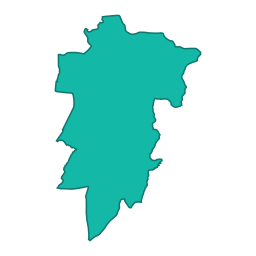 Anina, Caras-Severin, Romania
{"feature_id": "2599482B55434299191189", "entity_name": "Anina", "entity_type": "district", "adm_level": 2, "iso_a3": "ROU", "parent_name": "Romania", "parent_adm1": "Caras-Severin", "projection": "natural_earth1", "projection_center": [21.868, 45.042], "detail": "fine", "context": "isolated", "style": "filled", "palette": "teal", "viewbox_px": 256, "rotation_deg": 0, "n_neighbors": 0, "source": "geoboundaries", "source_scale": "gbopen_adm2", "svg_char_len": 5673}
<svg xmlns="http://www.w3.org/2000/svg" viewBox="0 0 256 256"><path d="M141.3,202.2L141.3,200.4L142.6,195.4L142.9,195.2L143.1,194.7L143.2,194.2L143.7,192.7L143.7,192.1L144.2,190.9L144.6,190.4L144.7,189.4L145.1,188.5L145.4,188.0L145.9,187.5L146.1,187.2L146.1,186.8L146.2,186.5L147.3,185.2L146.8,181.8L146.9,181.4L147.3,180.6L147.4,179.9L148.0,179.2L148.0,178.9L147.8,178.4L147.7,177.6L148.1,176.4L148.7,175.1L148.2,173.7L148.2,173.2L148.0,172.3L148.8,170.5L149.1,170.3L149.8,170.2L150.5,169.8L152.7,170.0L154.4,168.9L154.5,168.7L154.6,167.9L155.1,168.2L155.3,168.1L155.5,168.1L155.7,167.7L157.3,167.4L157.5,167.1L157.6,166.7L157.6,166.2L157.7,165.2L158.0,165.2L158.7,165.5L159.1,165.3L158.7,164.0L158.9,163.4L159.1,163.2L159.4,163.2L160.3,163.3L160.5,163.2L160.0,162.9L159.8,162.6L159.8,162.4L161.2,161.3L161.9,160.7L162.0,160.5L161.8,159.6L161.5,159.3L159.9,159.1L157.3,159.5L156.9,159.5L156.1,160.2L155.4,160.5L154.0,160.5L153.0,160.3L152.3,160.1L151.6,159.6L150.0,157.7L149.8,157.3L149.9,156.7L149.8,156.0L149.9,155.0L149.7,154.0L150.7,153.6L151.4,152.7L151.7,151.9L152.2,151.0L152.3,150.5L152.1,149.7L152.7,149.3L153.7,148.0L154.9,145.8L155.5,143.5L156.6,141.7L159.3,138.4L159.3,138.0L159.1,136.9L159.2,136.5L159.7,135.4L159.9,134.7L159.3,134.0L157.7,131.0L156.7,130.0L155.4,129.5L153.3,129.3L153.2,128.1L152.7,126.9L152.6,126.5L152.5,124.9L152.6,124.2L152.6,123.8L152.7,123.2L155.0,121.6L155.3,121.2L155.6,120.4L155.6,119.8L155.4,119.2L154.9,118.3L154.0,117.2L153.8,116.7L154.1,116.1L154.2,115.3L154.2,114.1L154.0,113.5L153.5,112.6L153.4,112.2L152.9,111.4L153.0,110.3L153.0,109.2L152.6,107.9L152.6,107.0L153.1,105.5L153.1,104.8L153.6,102.6L153.8,101.0L153.9,100.5L154.3,99.8L154.5,98.7L155.0,98.5L155.3,98.5L156.5,98.8L157.4,99.0L157.9,99.0L159.3,98.9L160.4,99.2L165.3,98.9L166.3,98.9L167.5,99.3L168.3,99.8L170.0,101.3L171.1,103.1L171.3,103.7L171.2,104.6L171.5,104.6L171.6,105.0L173.4,106.6L174.5,107.0L176.1,107.2L177.2,107.0L179.4,106.4L180.5,105.9L181.3,105.2L181.7,105.2L181.5,104.5L181.5,103.6L181.3,102.8L181.3,101.5L181.4,101.1L182.0,100.4L182.3,99.7L182.4,99.2L182.1,97.8L182.1,96.6L183.4,94.9L184.8,93.4L185.0,93.1L184.8,91.3L184.9,90.8L185.0,89.2L185.8,87.8L186.2,87.6L186.3,87.3L186.0,86.4L185.0,84.9L184.5,83.7L184.3,82.9L183.7,81.4L183.1,80.2L182.5,79.4L182.2,78.8L181.7,77.1L181.6,76.7L181.8,76.0L183.6,73.0L183.8,72.3L184.0,71.2L184.2,70.6L184.9,69.5L185.4,67.5L185.7,66.8L187.4,64.8L189.1,63.8L192.7,62.3L193.8,61.9L195.0,61.6L197.2,60.7L197.4,60.4L197.4,60.1L197.2,59.7L197.9,57.2L198.3,56.7L200.2,54.8L200.7,53.8L200.4,52.1L197.4,49.4L195.9,48.5L191.0,48.4L184.9,48.7L183.0,48.3L180.7,47.1L179.1,46.7L178.3,46.8L175.4,46.8L175.0,46.3L174.9,45.1L174.6,44.4L173.9,43.1L173.0,41.7L171.9,40.9L169.8,40.7L166.7,38.8L164.6,36.8L163.7,35.3L163.3,33.7L162.2,33.1L161.3,32.9L159.5,33.1L156.0,33.2L148.1,32.9L145.6,32.4L140.1,32.2L138.9,32.4L137.2,33.2L135.5,33.8L133.5,34.2L131.4,34.2L129.7,33.6L126.7,31.8L125.6,30.5L125.2,28.2L124.9,25.6L124.4,24.8L122.9,23.6L119.8,16.2L119.0,15.5L118.3,15.4L117.2,15.4L106.5,16.3L102.4,16.8L102.5,18.0L102.3,18.5L102.0,19.1L102.0,19.7L103.1,20.6L103.3,22.1L102.3,22.8L101.4,22.8L100.8,22.6L100.1,22.5L99.7,23.0L99.3,23.7L98.2,24.8L97.9,25.3L98.0,25.9L98.2,26.5L98.2,27.9L97.9,28.6L97.0,29.1L95.8,29.2L95.3,29.6L92.6,29.9L91.8,30.5L91.2,31.3L90.4,31.7L89.1,31.8L88.5,31.9L87.8,31.6L87.4,31.2L87.2,30.8L87.2,30.4L87.7,29.7L86.5,28.9L85.4,28.8L84.7,29.8L84.2,31.6L84.5,32.9L86.0,34.9L87.5,37.3L87.8,37.9L87.8,41.5L88.1,42.3L89.2,43.8L90.7,45.1L91.2,45.7L91.3,46.5L88.0,50.3L84.2,53.6L83.3,53.7L78.9,52.9L76.6,52.6L74.0,52.5L68.9,52.6L67.8,52.8L66.2,53.6L64.8,54.7L63.3,55.2L61.7,55.1L59.6,54.4L58.4,54.6L58.5,65.9L59.0,67.9L59.5,68.4L59.7,69.6L59.8,70.1L59.5,70.4L59.6,70.7L59.4,71.1L59.5,71.5L59.6,72.6L59.1,73.8L58.4,74.9L58.4,75.2L58.2,76.4L58.0,77.1L58.0,77.8L57.6,78.5L57.5,79.3L57.1,79.8L57.0,80.2L57.0,81.0L57.3,81.5L56.2,81.5L55.3,90.2L55.5,91.1L56.9,91.6L67.3,92.8L71.1,93.0L72.3,93.3L73.0,94.5L73.5,96.6L74.0,100.4L74.0,104.8L73.9,106.9L65.8,123.4L62.8,129.3L63.3,129.3L62.8,130.3L62.9,131.7L62.7,132.1L62.2,132.7L60.8,134.6L57.4,139.5L56.5,140.9L57.5,141.4L59.0,140.5L61.6,140.2L62.3,140.4L63.3,140.9L64.2,141.7L65.3,143.3L66.2,144.6L66.6,145.1L66.8,145.1L67.3,144.8L67.5,144.8L68.2,145.1L68.5,145.4L68.8,145.5L69.8,145.7L70.1,145.9L70.6,146.3L71.3,147.3L71.7,147.6L72.3,147.7L73.1,147.4L73.4,147.5L75.4,148.7L76.5,149.2L76.2,150.0L75.8,150.2L75.1,150.3L74.6,150.6L74.4,151.1L74.4,151.6L74.2,151.8L73.1,151.9L72.9,152.1L72.7,152.4L72.4,153.3L72.2,153.8L71.0,155.3L70.2,157.2L69.3,158.8L69.1,159.8L68.7,160.2L68.4,161.6L68.2,162.0L67.6,162.7L67.4,163.2L67.2,163.4L66.6,163.5L66.4,164.7L66.0,165.1L65.1,165.5L65.1,166.5L64.9,166.7L64.7,167.3L64.1,167.6L63.9,168.4L64.0,169.1L63.7,169.5L63.8,169.7L64.4,170.8L64.8,171.3L64.9,172.1L63.9,173.6L63.8,173.9L63.4,174.4L63.2,174.8L62.8,175.3L62.7,175.6L61.8,176.7L61.8,176.8L61.9,177.1L61.4,178.2L61.6,178.7L62.3,179.2L63.2,180.1L63.4,180.4L63.4,180.6L62.6,182.0L62.0,182.9L61.3,183.6L59.2,185.1L58.7,185.8L58.2,186.9L57.7,187.4L57.3,187.9L60.6,188.7L66.2,188.8L71.8,189.1L76.3,188.6L83.2,187.4L86.7,186.6L87.4,186.6L88.1,186.7L88.3,187.3L88.1,188.5L85.7,196.4L85.9,197.6L86.3,198.7L86.4,205.8L86.3,212.9L86.9,219.8L88.3,227.4L88.9,234.9L88.9,237.2L88.6,239.6L89.3,239.7L90.1,240.6L92.3,238.6L95.4,236.4L98.3,235.1L99.9,233.8L104.3,228.6L106.7,225.0L109.3,221.5L116.2,215.5L117.1,213.9L117.9,211.2L118.8,209.6L119.5,207.9L119.2,204.6L119.7,202.6L120.9,199.8L121.9,199.2L124.7,199.0L124.8,201.0L128.8,207.0L129.4,207.5L131.0,207.8L131.8,206.3L133.5,204.0L134.8,202.7L135.8,202.2L137.9,202.0L140.3,202.1L141.3,202.2Z" fill="#14b8a6" stroke="#0f766e" stroke-width="1.5"/></svg>